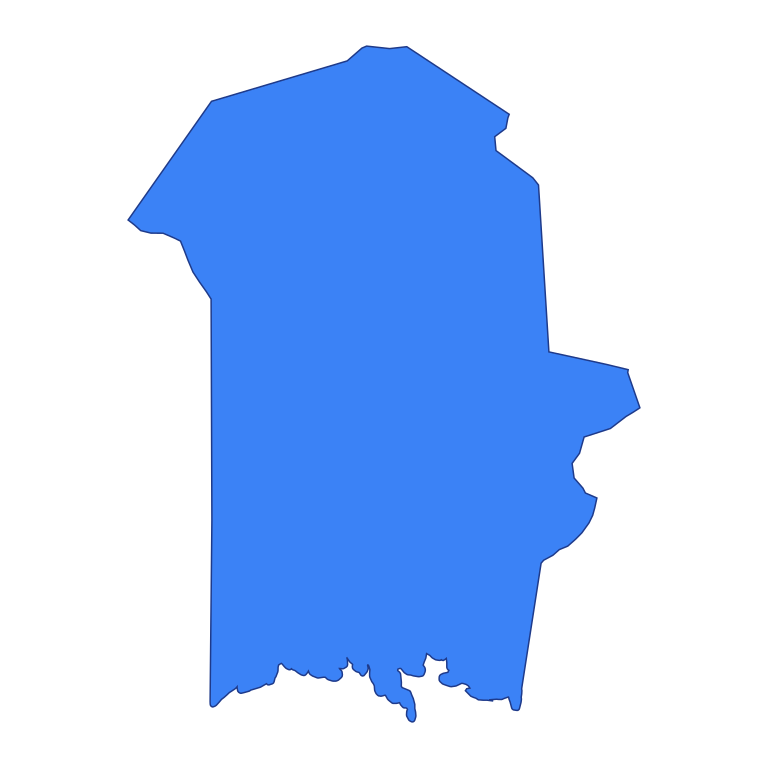 the district of Añisoc, Wele-Nzás, Equatorial Guinea
{"feature_id": "11065452B27397509806446", "entity_name": "Añisoc", "entity_type": "district", "adm_level": 2, "iso_a3": "GNQ", "parent_name": "Equatorial Guinea", "parent_adm1": "Wele-Nzás", "projection": "natural_earth1", "projection_center": [10.841, 1.768], "detail": "fine", "context": "isolated", "style": "filled", "palette": "blue", "viewbox_px": 768, "rotation_deg": 0, "n_neighbors": 0, "source": "geoboundaries", "source_scale": "gbopen_adm2", "svg_char_len": 5959}
<svg xmlns="http://www.w3.org/2000/svg" viewBox="0 0 768 768"><path d="M210.1,701.5L210.2,704.1L210.3,704.6L210.4,705.1L210.5,705.3L210.6,705.6L210.9,705.9L211.2,706.3L211.4,706.4L211.6,706.6L212.0,706.7L212.4,706.9L212.7,706.9L212.9,706.9L213.3,706.8L213.7,706.7L215.5,705.9L215.9,705.5L216.3,705.3L219.3,702.0L221.5,699.4L224.2,697.3L226.9,694.9L229.3,692.6L232.1,690.8L235.4,688.6L235.6,688.3L235.9,688.2L237.1,686.8L237.1,687.2L237.1,687.6L237.5,690.2L237.7,690.7L237.8,691.2L238.0,691.4L238.1,691.6L238.4,691.9L238.7,692.3L239.7,692.9L239.9,693.0L240.1,693.1L240.5,693.2L240.9,693.3L241.2,693.2L241.5,693.2L243.7,692.7L248.7,691.3L249.0,691.1L249.4,691.1L250.8,690.1L260.1,687.3L260.3,687.2L260.6,687.1L266.5,683.7L266.8,684.1L267.7,684.8L267.9,684.8L269.0,684.9L272.4,683.8L273.5,683.0L274.1,681.7L275.0,678.0L275.2,677.8L275.5,677.3L275.9,676.8L277.0,673.9L277.8,671.9L277.8,671.4L278.0,670.9L278.1,667.2L278.6,665.0L280.8,663.6L281.4,663.4L282.4,664.3L284.3,666.6L285.9,668.2L286.3,668.4L286.7,668.7L288.6,669.6L288.9,669.6L289.1,669.7L289.5,669.7L289.9,669.7L290.2,669.6L290.4,669.6L290.8,669.3L291.1,669.1L291.3,668.8L291.4,668.7L291.5,668.8L291.7,669.0L291.9,669.3L292.3,669.4L292.6,669.7L295.1,670.6L297.6,672.6L300.6,674.5L301.0,674.7L301.3,674.9L303.5,675.5L304.8,675.4L305.9,674.6L307.7,672.4L307.9,672.0L308.1,671.7L308.4,671.1L309.3,673.4L310.1,674.4L312.0,675.7L312.3,675.8L312.5,676.0L317.3,677.9L318.4,678.0L323.7,677.2L325.3,677.3L327.3,679.2L327.8,679.4L328.2,679.7L332.3,681.0L332.6,681.0L333.0,681.1L336.0,681.1L336.5,680.9L337.0,680.8L338.5,680.1L338.8,679.8L339.1,679.6L341.5,677.4L342.2,676.2L342.4,674.7L342.1,672.3L342.0,672.0L342.0,671.7L341.8,671.3L341.6,670.9L341.4,670.7L341.2,670.4L339.9,669.2L339.5,668.5L340.0,668.5L342.6,668.8L343.2,668.7L343.7,668.6L346.4,667.0L347.2,666.0L347.3,665.9L347.6,664.6L347.4,659.7L347.0,658.2L346.9,658.0L347.0,657.9L347.9,659.2L349.6,661.7L349.9,662.0L350.1,662.3L352.1,663.9L352.6,664.5L352.5,664.8L352.5,665.2L352.4,665.5L352.3,666.9L352.6,668.3L353.4,669.5L355.8,671.4L356.2,671.6L356.7,671.8L359.1,672.5L359.6,673.1L360.5,674.6L360.7,674.9L360.9,675.2L361.2,675.4L361.5,675.6L361.8,675.7L362.1,675.9L362.4,675.9L362.8,676.0L363.1,675.9L363.4,675.8L363.7,675.6L364.1,675.5L364.3,675.2L364.5,675.0L366.8,672.2L367.1,671.7L367.3,671.3L368.0,669.5L368.0,669.3L368.1,669.1L368.1,668.5L368.2,668.0L368.1,667.8L368.1,667.5L367.6,665.6L367.7,665.0L367.9,664.9L368.5,665.4L369.0,666.6L369.9,669.7L369.6,672.8L369.6,676.0L369.9,677.4L371.8,681.7L372.0,681.9L372.2,682.2L373.3,683.7L374.3,685.8L374.6,689.9L374.7,690.5L374.9,691.1L375.8,693.1L376.1,693.5L376.3,693.9L377.8,695.4L378.3,695.6L378.7,695.9L378.9,695.9L379.0,695.9L380.8,696.2L381.3,696.1L381.7,696.1L385.0,695.2L385.5,695.4L387.6,699.2L388.0,699.5L388.3,700.0L392.0,703.0L392.5,703.2L393.0,703.4L395.9,703.4L396.1,703.4L396.3,703.4L398.4,703.0L398.6,702.9L398.9,702.8L399.4,702.6L399.6,702.7L400.2,704.1L400.4,704.4L400.6,704.8L402.5,707.0L402.8,707.2L403.1,707.5L403.4,707.6L403.6,707.8L404.0,707.8L404.3,707.9L405.9,707.9L406.8,708.3L407.5,709.4L406.9,710.7L406.9,711.2L406.7,711.6L406.5,714.9L406.6,715.5L406.7,716.1L408.7,719.9L409.1,720.3L409.5,720.7L411.5,721.8L412.7,721.9L412.9,721.9L414.0,721.3L414.8,720.1L415.7,717.1L415.8,716.5L415.9,715.9L415.6,712.2L415.5,711.9L415.5,711.6L414.8,708.6L414.8,704.4L414.7,704.0L414.6,703.6L413.4,699.0L413.3,698.8L413.3,698.6L411.6,694.7L410.7,692.1L410.4,691.8L410.3,691.4L410.0,691.2L409.9,690.9L409.5,690.8L409.2,690.5L402.2,687.6L401.3,686.3L401.4,682.3L400.6,674.3L400.5,673.8L400.4,673.4L400.2,673.1L400.1,672.9L399.8,672.6L399.6,672.2L397.7,670.6L397.8,669.3L398.0,669.1L399.5,668.5L400.8,668.5L401.6,669.4L403.7,672.0L404.0,672.3L404.2,672.6L406.8,674.4L408.0,674.8L410.5,675.0L413.5,675.9L418.4,676.7L418.7,676.6L419.1,676.7L422.0,676.2L423.1,675.7L424.0,674.5L425.0,672.0L425.3,670.7L425.3,669.2L425.2,669.0L425.2,668.7L425.0,668.2L424.9,667.7L424.7,667.3L423.2,665.2L423.3,664.7L424.2,662.0L425.7,658.4L425.8,658.0L425.9,657.7L426.3,655.3L426.6,653.6L429.8,655.4L431.9,657.6L432.2,657.8L432.6,658.1L435.4,659.7L435.8,659.8L436.1,659.9L439.4,660.4L439.9,660.3L440.3,660.3L440.5,660.2L441.3,659.7L441.8,660.2L442.0,660.3L442.6,660.3L443.1,660.5L443.2,660.4L443.4,660.4L443.8,660.1L444.3,660.0L446.3,658.4L446.8,662.7L446.8,667.3L447.2,668.7L448.1,669.8L448.8,670.3L448.3,671.3L447.9,672.3L446.7,672.6L443.3,673.3L443.1,673.5L442.8,673.5L440.6,674.6L439.7,675.5L439.2,676.9L439.2,677.1L439.1,679.1L439.3,680.5L440.1,681.7L442.4,683.8L442.8,684.0L443.2,684.2L446.5,685.4L450.2,686.6L450.7,686.6L451.2,686.7L455.4,686.1L455.7,686.0L456.0,686.0L458.8,684.7L461.5,683.4L462.7,683.4L466.1,684.4L468.4,685.9L469.9,688.1L466.7,688.7L465.4,690.7L470.8,696.2L473.5,697.4L475.9,698.2L478.3,699.8L483.3,700.2L487.1,700.2L493.2,701.0L489.1,699.8L496.9,699.2L497.4,699.3L497.9,699.4L501.4,699.5L502.6,699.2L503.5,698.7L508.3,697.0L508.6,697.2L509.0,699.0L509.1,699.3L509.2,699.6L510.1,702.0L511.7,708.1L512.0,708.6L512.3,709.1L512.5,709.3L513.0,709.6L513.5,709.9L516.7,710.4L517.2,710.4L517.7,710.4L517.8,710.3L518.0,710.3L518.4,709.9L518.8,709.7L519.1,709.4L519.3,708.8L519.5,708.4L521.0,702.5L521.4,699.7L521.4,699.2L521.4,698.7L521.2,697.2L521.7,694.1L521.9,690.6L521.7,689.3L521.7,689.2L521.7,688.4L541.1,563.2L543.7,560.2L553.1,555.1L559.3,549.6L567.8,546.1L575.7,539.1L581.9,532.8L589.0,522.9L592.7,515.3L594.7,508.0L596.9,498.0L585.4,493.0L582.9,488.1L574.1,478.0L572.1,463.4L579.5,453.3L584.1,437.0L610.4,428.5L626.0,416.5L633.5,412.0L639.9,407.8L627.7,372.6L628.2,369.7L606.8,364.5L548.9,351.9L538.5,185.0L532.8,177.8L496.0,150.6L494.7,136.7L505.9,128.3L507.9,117.8L509.2,114.3L406.8,46.7L389.6,48.6L366.6,46.1L361.9,48.1L347.2,60.9L211.5,101.3L128.1,220.0L134.4,224.9L140.7,230.6L150.9,233.1L163.0,233.2L174.4,238.1L180.5,241.1L184.6,251.3L187.9,260.0L193.0,272.1L199.5,282.0L206.5,291.9L211.1,299.1L211.9,520.3L210.1,701.5Z" fill="#3b82f6" stroke="#1e3a8a" stroke-width="1.5"/></svg>